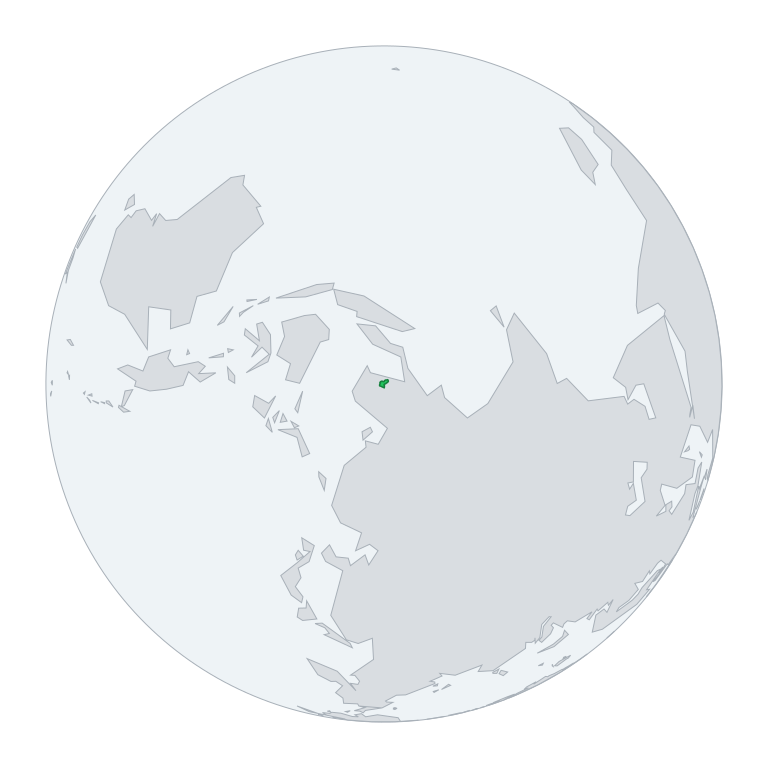 the Earth from above Pouthisat, rotated 159°
{"feature_id": "KHM-1780", "entity_name": "Pouthisat", "entity_type": "Province", "adm_level": 1, "iso_a3": "KHM", "parent_name": "Cambodia", "parent_adm1": "", "projection": "orthographic", "projection_center": [103.597, 12.527], "detail": "fine", "context": "on_globe", "style": "filled", "palette": "green", "viewbox_px": 768, "rotation_deg": 159, "n_neighbors": 0, "source": "natural_earth", "source_scale": "10m", "svg_char_len": 10704}
<svg xmlns="http://www.w3.org/2000/svg" viewBox="0 0 768 768"><g transform="rotate(159 384 384)"><circle cx="384" cy="384" r="338" fill="#eef3f6" stroke="#a8b0b8"/><path d="M699.6,491.9L699.0,494.1L698.8,494.5L699.6,491.9ZM538.3,83.3L539.2,84.0L551.6,91.3L540.2,85.1L571.2,104.9L580.6,114.6L563.1,99.6L556.1,95.3L559.2,99.3L552.6,95.9L550.3,96.2L542.2,92.1L532.7,84.9L527.2,82.5L529.7,85.6L523.2,84.3L520.4,79.9L508.6,77.5L490.4,67.4L489.5,63.1L472.6,57.9L472.3,57.8L494.8,64.8L516.9,73.3L538.3,83.3ZM562.0,97.9L559.5,95.8L564.1,99.1L562.0,97.9ZM551.4,97.0L554.2,98.9L551.8,98.4L551.4,97.0ZM537.3,92.0L532.6,91.1L535.7,90.6L537.3,92.0ZM528.8,89.7L517.7,88.7L522.9,92.4L501.9,82.3L518.3,85.9L521.3,84.5L523.7,87.2L528.8,89.7ZM492.1,77.4L488.0,76.5L490.5,76.2L492.1,77.4ZM464.2,55.7L454.1,53.5L452.5,53.3L446.1,51.8L464.2,55.7ZM430.7,49.3L438.2,50.5L434.1,49.8L440.9,51.0L433.7,50.0L429.7,49.2L428.4,49.1L426.2,48.8L425.6,48.6L430.7,49.3ZM409.8,47.1L410.1,47.1L408.3,47.0L409.8,47.1ZM419.2,47.9L413.2,47.3L413.4,47.4L419.2,47.9ZM430.3,49.7L442.3,51.5L442.8,51.6L430.3,49.7ZM406.5,46.8L408.4,47.0L405.5,46.8L406.5,46.8ZM422.7,48.6L426.9,49.1L427.3,49.2L422.7,48.6ZM408.7,47.2L406.3,46.9L409.4,47.1L408.7,47.2ZM414.9,47.8L414.5,48.0L412.0,47.3L416.8,47.9L414.9,47.8ZM422.4,48.7L424.0,49.0L420.6,48.5L422.4,48.7ZM398.2,47.2L394.2,46.4L401.2,46.6L404.0,47.2L398.2,47.2ZM116.1,178.1L116.1,179.7L114.0,183.4L103.6,197.1L93.5,223.8L102.8,213.6L104.3,231.4L112.0,235.9L133.6,209.6L121.0,201.3L129.4,186.7L148.0,181.7L160.6,191.0L164.2,185.7L165.1,170.0L177.1,163.1L166.5,164.1L164.1,170.3L157.4,171.5L159.2,166.1L163.3,163.5L162.1,159.2L142.6,173.9L138.1,181.8L129.3,179.6L120.9,193.0L115.3,197.3L127.4,176.5L133.1,170.1L148.2,147.4L141.3,153.5L126.7,176.0L127.2,173.2L117.9,183.5L125.5,173.5L143.2,149.0L141.3,149.0L137.7,152.6L155.1,135.5L173.6,119.6L172.3,120.9L183.5,113.4L184.0,114.6L201.2,103.5L203.8,103.0L192.9,109.4L185.6,115.1L188.5,120.2L192.8,118.7L203.8,111.5L203.2,114.5L213.4,107.0L221.3,108.0L220.2,101.1L233.0,94.2L244.8,91.1L248.8,88.0L229.7,93.2L222.2,96.7L216.1,101.4L195.7,111.8L191.9,112.1L212.6,97.8L209.6,97.2L227.0,87.7L268.0,76.8L278.5,77.7L269.0,92.3L259.2,95.1L257.7,90.9L247.3,100.7L253.8,97.0L253.3,100.0L265.5,95.5L265.7,97.5L276.9,90.3L278.6,92.3L271.4,96.8L290.8,93.4L297.7,97.2L301.9,95.6L304.5,92.8L311.5,100.3L314.4,98.9L313.2,95.7L318.0,91.1L329.4,86.3L331.2,89.1L327.3,91.2L322.0,100.6L311.4,106.8L313.3,107.6L322.9,103.0L329.4,91.4L335.7,87.8L334.0,92.9L335.1,90.7L338.8,89.9L344.2,92.0L346.7,86.4L384.9,77.3L399.1,81.8L393.3,86.5L421.9,86.6L435.7,93.9L434.5,90.6L447.5,90.0L443.4,87.6L443.8,86.1L475.2,86.0L483.9,89.0L496.2,87.5L495.6,86.2L489.8,83.6L501.9,82.3L522.9,92.4L523.2,94.8L536.1,100.4L534.9,105.5L539.8,113.2L530.8,117.1L535.5,123.7L540.1,125.3L549.9,136.3L554.2,155.2L530.6,132.6L520.1,107.7L522.6,116.6L516.0,112.9L513.3,115.3L515.6,122.4L519.5,124.2L492.5,130.6L486.0,150.8L501.1,151.0L510.8,158.7L516.6,187.1L489.4,224.5L502.1,239.3L503.0,248.5L492.5,253.4L490.7,239.8L479.8,234.2L480.4,226.4L462.9,231.3L463.1,220.5L449.3,230.5L454.9,239.5L470.3,238.5L458.3,253.1L474.3,269.9L476.4,289.4L450.3,322.3L423.4,331.4L421.8,337.6L411.0,329.8L396.7,341.4L416.9,378.3L416.3,388.7L393.1,407.1L392.6,399.4L363.9,378.7L358.6,403.2L380.3,425.2L387.7,449.8L371.0,441.3L363.4,419.6L353.3,411.6L356.1,390.1L347.8,357.6L330.9,362.4L332.3,349.6L318.3,322.4L294.1,328.5L255.6,358.4L250.2,390.7L237.0,403.5L221.3,354.1L222.1,322.4L211.5,323.8L199.4,295.1L164.3,286.4L163.7,277.9L156.1,280.1L148.3,269.6L149.2,256.0L142.4,255.0L141.4,291.1L149.2,292.6L161.8,281.9L159.6,294.3L167.7,307.7L142.9,332.8L98.1,347.5L101.2,322.9L105.7,252.1L109.7,245.5L110.0,244.8L110.6,243.3L103.3,253.5L106.6,240.3L96.2,287.3L91.2,306.8L97.4,348.7L95.0,351.8L99.2,361.4L121.8,358.9L120.3,366.9L105.1,400.8L80.3,442.5L87.9,478.2L93.4,506.9L87.5,520.6L97.8,543.7L96.1,548.7L102.5,561.3L106.6,572.4L110.0,581.0L107.3,578.0L94.4,558.1L82.9,537.3L72.8,515.7L64.3,493.5L57.4,470.8L52.1,447.6L48.5,424.1L46.5,400.4L46.2,376.6L47.5,352.9L50.5,329.3L55.2,306.0L61.5,283.1L69.4,260.6L78.9,238.8L89.8,217.7L102.2,197.4L116.1,178.1ZM166.3,216.6L178.8,222.3L186.3,203.2L191.8,204.2L192.4,197.8L186.8,201.9L190.1,185.1L200.3,182.5L205.5,175.2L201.6,173.0L182.4,180.8L177.5,204.3L169.0,210.2L166.3,216.6ZM191.3,106.4L193.5,104.9L214.2,91.8L215.4,91.4L211.3,93.7L210.0,94.7L202.9,98.8L183.8,112.3L177.4,116.9L178.4,115.8L191.3,106.4ZM267.0,67.0L264.9,67.8L257.6,70.6L257.4,70.7L267.0,67.0ZM293.9,58.3L291.0,59.1L291.6,59.0L293.9,58.3ZM372.5,46.3L371.6,46.3L380.2,46.1L372.5,46.5L375.5,46.6L371.0,47.5L358.1,48.6L362.6,48.7L359.3,50.1L348.7,51.5L351.9,50.1L337.9,53.1L336.0,52.0L334.5,52.5L328.9,52.6L319.5,53.8L320.2,53.3L316.2,54.1L312.5,54.6L307.3,55.6L306.6,55.3L300.2,56.8L303.6,55.9L292.7,58.7L300.5,56.6L298.3,57.1L322.7,51.7L347.5,48.1L372.5,46.3ZM398.8,46.4L398.6,46.4L394.9,46.3L397.6,46.4L393.4,46.4L394.5,46.7L389.3,46.6L396.5,47.4L381.5,47.8L373.1,47.7L384.6,46.3L382.8,46.1L386.0,46.1L398.8,46.4ZM118.2,179.3L117.8,180.9L118.7,181.8L112.9,188.8L118.2,179.3ZM129.9,162.6L130.5,162.5L122.7,171.7L123.1,170.5L129.9,162.6ZM137.6,155.1L131.2,161.7L134.9,157.4L137.6,155.1ZM194.2,109.3L195.6,109.3L193.2,111.1L189.3,113.3L194.2,109.3ZM307.0,63.9L310.2,62.1L312.2,61.9L323.4,58.8L325.7,59.8L319.9,62.2L307.0,63.9ZM127.7,213.0L121.5,216.8L122.1,213.5L124.1,212.8L127.7,213.0ZM113.9,201.9L113.8,207.8L112.3,203.8L113.9,201.9ZM311.4,64.5L315.8,62.9L314.2,64.5L311.4,64.5ZM328.0,60.6L327.3,62.1L327.3,59.6L328.0,60.6ZM257.0,671.4L264.0,675.2L259.3,674.7L257.0,671.4ZM123.2,513.1L128.5,559.8L119.9,557.0L111.8,541.5L105.4,512.2L113.2,506.9L115.3,494.5L123.2,513.1ZM472.3,508.5L482.3,510.1L481.9,511.6L472.3,508.5ZM462.0,503.0L473.4,503.7L459.9,506.3L462.0,503.0ZM477.9,504.0L489.6,501.3L494.6,498.9L493.6,502.1L477.9,504.0ZM454.1,502.9L411.3,501.0L394.4,496.1L398.4,490.7L425.9,493.4L454.1,502.9ZM397.0,490.5L371.1,473.3L335.4,424.7L348.2,426.4L385.4,456.7L383.1,461.4L398.8,474.7L397.0,490.5ZM459.8,464.0L457.3,478.5L433.7,476.4L422.9,473.6L415.5,454.6L419.7,445.3L428.5,446.0L462.5,414.9L474.4,423.2L464.0,436.5L473.7,449.5L459.8,464.0ZM251.5,394.0L258.4,414.3L251.3,416.7L251.5,394.0ZM476.1,392.8L462.5,406.5L474.8,388.1L476.1,392.8ZM483.3,375.3L484.2,382.5L478.6,375.4L483.3,375.3ZM421.6,347.3L412.3,348.5L411.9,343.5L423.7,339.1L421.6,347.3ZM477.9,306.1L478.1,320.6L476.4,325.5L472.0,316.6L477.9,306.1ZM337.4,77.8L319.2,80.4L307.7,84.4L303.7,89.4L301.6,84.1L319.4,77.9L337.4,77.8ZM378.9,76.7L382.4,73.4L386.0,74.8L385.8,75.8L378.9,76.7ZM377.3,74.7L371.8,70.8L377.2,69.0L380.4,72.3L377.3,74.7ZM340.9,65.7L335.4,66.2L336.8,64.8L340.9,65.7ZM621.4,620.5L621.8,621.9L612.2,631.1L600.5,640.8L592.5,645.1L621.4,620.5ZM549.3,650.5L552.6,641.0L563.7,639.3L556.1,648.1L549.3,650.5ZM629.3,613.0L638.0,603.1L644.9,591.9L639.6,601.8L642.2,600.8L623.5,620.6L629.3,613.0ZM518.1,611.7L452.9,631.6L439.4,628.8L444.4,620.4L435.3,594.1L439.9,594.7L439.0,576.8L478.4,561.0L507.2,530.9L527.2,532.8L543.5,510.7L563.6,512.0L556.5,529.5L576.0,540.4L592.6,501.1L601.1,542.0L613.0,555.8L612.2,581.0L578.3,624.6L562.1,633.6L560.5,630.0L553.3,634.5L544.4,633.3L542.4,620.1L535.2,624.5L543.5,614.1L532.5,623.5L529.2,614.9L518.1,611.7ZM660.0,531.4L662.0,532.2L664.1,538.7L660.9,538.0L660.0,531.4ZM694.1,501.7L694.1,504.8L692.3,506.3L694.1,501.7ZM698.8,494.5L696.7,496.6L699.6,491.9L698.8,494.5ZM675.2,505.6L675.9,508.0L674.9,509.1L675.2,505.6ZM674.4,504.9L676.2,500.6L675.5,504.8L674.4,504.9ZM665.8,484.0L667.4,481.7L667.9,483.3L665.8,484.0ZM497.0,510.5L511.1,499.4L518.6,498.5L497.0,510.5ZM664.0,479.6L660.3,479.6L660.9,477.3L664.0,479.6ZM664.6,474.4L664.4,471.2L666.2,478.4L664.6,474.4ZM657.8,468.0L662.1,473.2L657.2,468.7L657.8,468.0ZM654.9,469.0L651.6,466.8L651.9,465.8L654.9,469.0ZM614.5,475.5L627.3,493.6L616.4,493.6L604.4,482.5L594.0,493.6L571.0,492.4L576.6,485.5L573.7,475.3L549.4,471.4L544.5,464.6L553.3,460.1L537.0,454.7L554.9,451.7L562.1,465.5L572.1,454.7L589.0,457.1L605.1,461.4L617.6,471.3L614.5,475.5ZM554.6,482.1L557.7,482.1L554.8,486.2L554.6,482.1ZM645.3,459.6L650.1,466.0L649.4,467.7L647.0,466.8L645.3,459.6ZM620.6,468.8L634.2,456.9L637.3,457.0L628.2,470.3L620.6,468.8ZM631.1,449.6L637.2,451.0L640.3,457.3L639.0,459.1L631.1,449.6ZM518.0,469.2L517.3,473.0L512.5,469.9L518.0,469.2ZM524.2,467.0L538.3,471.2L522.8,470.2L524.2,467.0ZM480.5,452.9L484.7,462.1L498.1,456.5L487.9,464.7L496.8,479.8L493.7,485.3L484.8,469.0L481.4,485.6L475.4,485.2L472.3,470.8L478.4,453.5L484.4,446.4L508.6,443.9L480.5,452.9ZM524.1,455.9L520.4,445.2L523.1,438.2L527.3,443.8L524.1,455.9ZM508.9,419.6L498.6,407.3L489.4,411.7L507.8,395.1L514.7,409.7L508.9,419.6ZM499.8,392.7L491.2,396.7L500.0,387.1L499.8,392.7ZM488.9,392.6L487.8,384.1L494.6,385.4L488.9,392.6ZM504.3,393.2L505.6,378.9L509.2,387.4L504.3,393.2ZM484.3,365.3L499.4,379.4L480.1,373.0L478.3,345.7L486.5,345.3L484.3,365.3ZM523.7,259.5L521.1,252.2L528.2,250.8L528.0,256.2L523.7,259.5ZM549.0,242.2L529.3,248.2L513.1,254.1L518.6,257.6L515.9,269.9L507.0,258.1L517.6,245.0L530.1,242.9L530.9,232.9L539.4,226.6L535.9,214.4L539.3,209.4L546.3,220.2L549.0,242.2ZM533.9,209.3L530.9,188.7L544.7,192.4L548.5,197.6L544.0,205.3L537.0,202.8L533.9,209.3ZM534.2,185.1L527.4,182.9L508.6,154.0L508.1,149.1L529.7,171.4L524.4,170.7L526.6,177.6L534.2,185.1ZM489.8,78.0L488.1,76.6L491.8,78.1L489.8,78.0ZM441.2,84.8L442.4,83.1L446.7,84.4L441.2,84.8ZM448.2,79.3L442.4,78.9L447.8,78.1L448.2,79.3ZM429.8,78.8L439.8,78.2L431.3,80.5L429.8,78.8Z" fill="#d9dde1" stroke="#a8b0b8" stroke-width="1"/><path d="M379.2,386.8L379.1,386.7L378.8,386.3L378.8,386.0L378.9,385.1L379.0,384.9L379.2,384.7L379.3,384.6L379.5,384.7L379.8,384.5L380.0,384.4L380.3,384.3L380.4,384.2L380.5,384.1L380.8,384.2L381.0,384.2L381.4,384.1L381.5,384.0L381.7,383.9L381.9,383.8L382.4,383.7L382.5,383.6L383.1,383.7L383.5,383.8L383.8,383.7L384.0,383.6L384.1,383.4L384.3,383.2L384.2,383.0L384.2,382.9L384.2,382.7L384.3,382.4L384.2,382.3L384.2,382.2L384.3,381.9L384.5,381.8L384.5,381.7L384.6,381.4L384.6,381.2L384.8,380.8L385.2,380.4L387.2,382.4L387.4,382.7L387.7,383.0L388.7,383.8L388.6,384.1L388.6,384.4L388.6,384.5L388.4,384.8L388.3,385.0L388.2,385.1L388.0,385.3L387.9,385.4L387.7,385.4L387.6,385.5L387.4,385.7L387.4,385.8L387.4,386.0L387.5,386.5L387.4,386.6L387.2,386.6L386.9,386.7L386.8,386.9L386.8,387.0L386.7,387.1L386.8,387.2L386.7,387.3L386.4,387.4L386.2,387.4L386.1,387.2L385.9,387.3L385.7,387.5L385.3,387.5L385.1,387.4L384.9,387.2L384.7,387.2L384.4,387.1L384.3,386.9L384.2,386.9L383.9,386.5L383.7,386.4L383.4,386.3L383.2,386.3L382.9,386.3L382.8,386.5L382.6,386.7L382.5,386.8L382.3,386.9L381.7,387.1L381.4,387.2L381.2,387.2L380.9,387.1L380.6,386.9L379.3,386.8L379.2,386.8L379.2,386.8Z" fill="#22c55e" stroke="#15803d" stroke-width="1.5"/></g></svg>